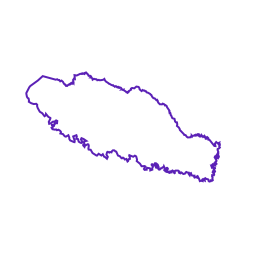 the district of Ban Khwao, Chaiyaphum, Thailand, rotated 324°
{"feature_id": "78962969B12995220204726", "entity_name": "Ban Khwao", "entity_type": "district", "adm_level": 2, "iso_a3": "THA", "parent_name": "Thailand", "parent_adm1": "Chaiyaphum", "projection": "equal_earth", "projection_center": [101.855, 15.816], "detail": "fine", "context": "isolated", "style": "outline", "palette": "violet", "viewbox_px": 256, "rotation_deg": 324, "n_neighbors": 0, "source": "geoboundaries", "source_scale": "gbopen_adm2", "svg_char_len": 5895}
<svg xmlns="http://www.w3.org/2000/svg" viewBox="0 0 256 256"><g transform="rotate(324 128 128)"><path d="M89.5,35.9L83.0,36.6L73.7,36.6L72.1,37.0L66.4,39.9L65.9,40.5L64.6,43.3L64.5,44.6L64.9,45.7L63.9,47.8L63.2,48.5L64.3,51.1L65.8,53.2L68.0,54.5L68.2,55.8L67.3,56.9L66.7,58.8L66.2,63.0L67.3,65.6L67.4,69.4L68.8,69.5L69.9,68.4L70.1,72.2L71.1,74.2L70.7,74.8L67.5,76.5L66.7,78.3L68.2,78.8L70.8,78.7L72.6,79.7L74.3,79.6L74.9,80.7L73.4,82.4L72.4,81.6L71.8,81.7L71.4,81.0L69.4,82.8L68.8,82.5L68.8,81.1L68.3,80.8L67.9,81.4L67.9,82.8L67.2,83.4L66.3,83.1L66.2,84.6L67.9,86.4L69.0,86.9L69.2,88.0L70.7,88.5L71.5,90.5L71.4,91.9L70.1,92.7L71.8,94.7L71.9,97.0L72.2,98.0L72.7,98.5L75.5,98.8L74.9,101.2L74.1,102.3L73.9,104.0L76.0,107.6L76.4,108.0L77.3,107.2L78.7,102.6L82.0,103.5L81.6,104.8L79.8,106.3L81.0,107.5L80.1,110.1L80.9,112.0L81.5,112.7L82.6,112.8L83.1,111.3L83.2,109.5L84.4,108.9L85.6,110.8L86.7,113.9L84.7,113.1L83.8,114.2L83.2,115.8L82.0,115.2L81.5,115.8L81.7,117.7L82.5,117.1L84.3,117.2L86.0,117.5L86.3,118.0L85.8,119.4L83.8,121.4L83.5,122.3L85.0,123.7L84.6,127.4L86.3,131.7L86.7,132.1L89.1,131.6L90.3,134.6L92.2,134.4L91.8,137.1L92.4,138.1L92.9,140.5L94.7,139.5L94.9,136.9L96.8,135.3L97.7,135.4L98.4,136.9L99.3,136.8L100.3,138.0L101.5,137.3L102.7,137.2L103.8,138.1L104.1,139.6L104.6,140.2L103.7,144.4L104.8,146.0L105.0,148.7L105.3,149.0L106.5,149.0L106.9,150.0L106.9,151.6L108.5,152.1L107.9,154.8L108.7,154.8L110.2,153.6L111.4,154.1L112.3,152.7L112.6,151.2L113.1,150.8L115.3,154.3L117.3,154.4L117.9,155.8L116.8,158.8L115.6,159.9L116.7,163.9L116.5,166.9L119.1,168.6L119.4,169.3L116.8,170.5L116.8,171.6L118.6,172.7L119.3,171.7L120.0,171.4L122.0,173.4L122.0,174.0L121.1,175.4L123.2,176.0L123.9,174.8L125.4,174.0L125.4,171.8L125.7,171.4L126.2,171.4L127.0,172.4L127.9,174.6L127.4,176.6L128.5,177.6L128.9,177.2L128.5,172.9L129.1,172.4L129.9,173.0L130.5,175.1L129.8,177.7L128.5,179.0L128.7,180.0L129.4,180.3L130.8,179.9L131.6,180.4L132.8,180.1L133.8,180.6L134.5,180.1L134.1,182.0L132.8,183.3L133.6,183.7L135.8,183.0L136.3,183.3L136.4,184.2L135.0,185.5L133.4,184.6L132.8,184.6L132.8,185.1L133.7,186.6L135.0,187.5L135.0,188.6L135.5,188.8L136.5,188.1L136.6,189.1L137.1,189.5L138.0,188.5L139.0,188.5L139.4,189.6L138.9,191.0L139.1,191.9L139.5,191.9L140.4,190.3L141.4,190.4L143.5,191.9L143.9,193.2L143.1,193.7L143.0,194.5L143.8,195.5L144.7,195.1L145.1,195.3L145.7,197.7L147.2,198.4L148.8,197.8L149.5,198.0L149.6,198.7L150.9,199.9L150.1,200.9L150.1,202.6L151.8,201.4L152.4,201.5L151.8,203.4L151.9,204.2L153.7,205.6L152.8,206.4L152.7,207.2L154.1,207.7L154.8,208.9L155.1,208.7L155.3,207.7L156.0,207.8L155.6,211.0L154.9,213.2L156.1,213.6L157.1,214.8L157.8,213.4L158.7,213.4L158.8,214.7L159.2,215.6L159.9,214.2L161.0,214.0L161.4,215.2L162.6,216.6L162.7,217.3L162.1,218.1L162.3,219.1L163.7,219.7L164.4,219.1L165.1,220.1L165.9,220.1L166.6,218.4L167.2,218.0L167.6,216.5L168.4,215.6L169.5,216.7L170.2,216.5L170.5,216.0L170.5,213.5L171.9,212.7L172.0,214.6L172.9,214.3L173.4,211.2L174.7,211.7L174.9,211.3L174.1,209.7L172.6,209.5L173.2,207.4L174.6,208.8L174.9,208.5L174.7,207.2L175.3,207.1L176.6,209.5L177.4,208.4L177.4,207.9L176.8,207.5L177.3,207.2L177.9,207.7L178.2,209.0L178.5,209.0L178.6,207.6L179.0,206.7L180.0,206.8L180.5,206.3L180.9,202.6L181.9,202.1L182.6,202.3L181.9,204.8L182.7,204.9L183.3,204.6L183.7,203.8L183.5,202.1L184.6,201.7L184.7,202.5L183.9,205.0L184.6,204.7L185.4,202.1L186.1,201.7L186.5,200.6L187.0,200.5L187.6,198.3L188.2,197.7L189.4,198.0L190.8,197.8L190.8,196.8L192.4,195.7L192.8,194.8L191.7,194.6L191.7,194.2L192.8,193.5L192.2,193.4L191.4,192.5L191.1,191.2L189.1,191.8L188.1,194.0L187.3,193.3L187.0,185.9L186.7,184.8L186.3,184.7L187.0,183.3L186.7,181.8L185.9,181.7L185.2,182.8L184.6,182.4L185.1,181.5L185.2,179.8L184.5,180.3L184.1,179.0L183.4,179.2L183.3,177.2L182.9,177.6L182.5,176.7L181.9,176.6L181.5,177.4L180.9,176.9L180.8,176.2L181.5,175.8L181.7,174.7L180.9,174.0L180.1,174.1L180.0,174.8L179.5,174.5L179.6,173.9L179.1,173.3L178.8,173.4L178.9,174.2L178.3,174.1L177.6,172.9L176.9,173.1L175.5,172.1L175.0,172.4L175.0,171.6L174.4,172.4L173.7,171.9L173.2,172.3L170.8,170.8L170.4,169.6L170.4,167.6L169.4,166.6L169.6,166.1L168.8,160.1L169.3,158.9L169.4,157.3L168.8,155.1L170.0,154.0L170.9,152.2L170.0,151.4L170.0,150.2L171.0,147.9L169.7,146.2L169.7,145.6L170.3,143.4L170.1,142.9L171.1,140.7L171.1,140.3L170.5,140.2L171.3,138.5L171.7,138.3L171.8,134.2L172.2,132.9L171.7,131.4L171.2,131.4L171.2,130.0L170.4,128.7L169.5,128.9L167.7,127.5L167.4,125.3L167.6,124.2L168.0,123.6L168.1,122.3L167.3,122.2L167.0,119.7L166.1,118.8L165.9,116.7L166.3,115.0L165.9,114.4L166.0,113.6L164.8,111.0L164.0,110.1L164.1,108.7L163.5,108.2L163.4,107.4L162.4,106.7L162.2,105.9L160.7,106.1L160.1,103.6L160.6,102.6L160.7,101.0L159.1,99.4L156.4,99.6L154.8,98.0L153.5,97.9L153.0,98.8L150.5,98.6L150.0,99.1L148.3,99.3L148.1,98.7L148.3,98.3L147.7,98.1L147.6,97.0L146.6,94.5L146.9,94.3L146.0,93.9L145.9,93.2L145.5,93.0L145.9,92.9L145.9,91.3L144.9,89.9L144.4,90.3L143.7,89.5L143.9,88.7L143.1,88.5L142.8,87.0L141.6,86.9L141.5,86.1L140.9,85.2L141.1,84.7L140.0,83.7L139.0,81.4L138.6,81.0L138.5,80.2L137.4,77.3L137.4,75.6L137.7,74.4L136.3,74.4L134.0,73.3L132.8,72.4L132.7,71.9L131.2,71.3L131.2,70.4L130.8,69.6L130.1,69.3L129.4,68.2L127.8,68.1L128.2,67.0L128.1,65.9L127.5,65.3L127.9,65.3L127.9,64.6L128.3,65.1L128.4,64.3L128.0,63.4L126.8,62.6L127.1,60.8L126.8,59.6L126.5,59.4L126.8,59.1L126.7,58.4L124.8,57.9L124.3,58.5L124.0,58.1L124.2,57.8L123.3,57.5L123.1,56.9L122.5,57.2L121.2,56.1L117.4,55.4L115.8,53.8L113.9,57.0L113.5,56.2L111.7,56.9L111.6,57.9L110.3,58.5L110.6,59.3L110.2,59.8L110.1,59.0L109.6,59.2L109.3,58.7L108.8,59.1L108.4,58.2L107.8,58.2L107.9,58.6L107.5,58.8L106.4,58.7L106.3,58.1L105.5,58.0L103.4,58.2L103.2,58.0L103.3,57.6L102.7,57.4L102.9,56.9L102.5,56.4L102.7,55.6L102.2,54.7L102.5,52.4L102.1,50.6L100.6,50.4L100.6,48.8L99.8,48.3L99.4,47.0L97.9,46.4L89.5,35.9Z" fill="none" stroke="#5b21b6" stroke-width="2"/></g></svg>